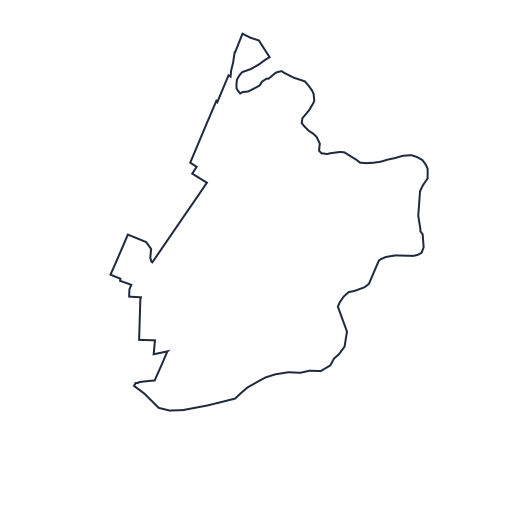 Roman, Neamt, Romania, rotated 304°
{"feature_id": "2599482B34614164873345", "entity_name": "Roman", "entity_type": "district", "adm_level": 2, "iso_a3": "ROU", "parent_name": "Romania", "parent_adm1": "Neamt", "projection": "orthographic", "projection_center": [26.954, 46.936], "detail": "fine", "context": "isolated", "style": "outline", "palette": "slate", "viewbox_px": 512, "rotation_deg": 304, "n_neighbors": 0, "source": "geoboundaries", "source_scale": "gbopen_adm2", "svg_char_len": 2177}
<svg xmlns="http://www.w3.org/2000/svg" viewBox="0 0 512 512"><g transform="rotate(304 256 256)"><path d="M423.6,176.5L423.6,173.9L421.3,171.7L419.0,169.9L410.1,167.3L408.8,165.5L403.7,163.4L399.5,163.7L395.2,161.5L391.2,159.3L388.0,157.5L384.5,153.3L381.9,152.0L382.9,148.7L384.1,146.1L387.9,143.5L391.6,141.6L396.2,141.2L400.7,141.7L408.1,147.2L416.9,151.5L423.3,153.7L428.4,156.1L436.3,137.8L433.9,129.5L432.7,120.5L413.1,124.8L412.9,124.4L403.7,128.8L395.6,131.8L390.5,134.6L390.4,132.2L361.9,137.9L362.4,136.4L336.4,141.4L296.6,149.3L296.7,156.9L288.6,157.1L289.3,174.3L268.2,174.2L247.5,174.0L192.8,173.6L192.8,172.5L195.2,169.5L203.2,165.1L206.1,157.2L202.1,137.8L189.6,140.2L171.0,143.7L159.2,145.8L161.3,156.3L160.1,156.9L159.4,157.2L162.4,168.7L162.4,168.8L158.0,169.6L157.6,169.7L151.6,173.4L151.4,173.6L157.4,183.7L155.3,184.4L121.1,206.0L129.6,219.4L117.3,226.1L127.5,236.0L127.0,235.9L114.2,238.4L112.6,238.7L96.1,241.6L94.2,239.1L92.5,237.1L91.3,235.7L88.9,232.8L86.1,229.7L85.1,229.0L84.5,229.1L84.0,228.2L83.5,227.4L83.3,227.2L82.2,227.4L80.1,227.5L79.5,240.3L75.7,260.3L79.6,270.9L87.4,281.6L104.8,299.2L126.1,318.4L134.4,320.3L142.1,322.4L152.8,327.7L160.8,331.9L168.7,338.2L177.7,347.8L184.0,358.1L190.8,364.5L196.8,374.0L206.9,378.8L214.5,378.0L220.9,379.7L230.4,380.1L244.2,373.7L259.8,352.2L264.6,351.3L271.5,351.4L277.9,353.0L282.1,357.2L290.7,363.4L296.0,365.2L320.9,360.4L323.6,361.5L327.8,364.2L334.4,371.2L344.1,386.4L347.3,389.4L351.3,391.5L357.0,390.1L367.2,382.0L367.5,381.1L368.1,379.4L368.4,378.5L370.5,377.0L380.1,368.0L401.4,355.8L407.9,354.8L416.2,354.9L421.4,351.5L424.4,349.4L426.8,345.3L428.6,340.4L428.1,334.1L426.4,328.3L421.1,321.6L414.6,316.2L409.5,311.2L403.8,306.6L398.8,301.0L394.7,295.6L391.6,290.2L391.9,285.2L391.8,283.0L391.7,280.1L391.6,279.1L391.6,278.1L391.6,277.4L391.5,276.7L391.5,274.5L391.3,271.2L389.2,267.4L382.4,259.8L380.4,258.1L377.8,252.9L378.5,249.4L384.9,246.0L388.7,239.4L389.4,234.7L389.3,229.7L390.4,224.0L391.7,219.6L396.1,217.4L406.1,218.5L415.3,218.0L417.5,217.3L422.6,213.1L424.5,210.0L426.6,204.4L428.1,198.9L424.9,187.4L423.6,176.9L423.6,176.5Z" fill="none" stroke="#1e293b" stroke-width="2"/></g></svg>